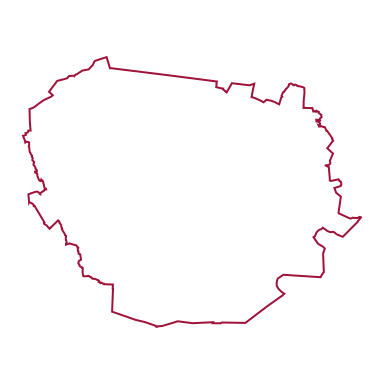 the district of San José Iturbide, Guanajuato, Mexico
{"feature_id": "50627088B9670324161736", "entity_name": "San José Iturbide", "entity_type": "district", "adm_level": 2, "iso_a3": "MEX", "parent_name": "Mexico", "parent_adm1": "Guanajuato", "projection": "orthographic", "projection_center": [-100.403, 21.001], "detail": "fine", "context": "isolated", "style": "outline", "palette": "rose", "viewbox_px": 384, "rotation_deg": 0, "n_neighbors": 0, "source": "geoboundaries", "source_scale": "gbopen_adm2", "svg_char_len": 5670}
<svg xmlns="http://www.w3.org/2000/svg" viewBox="0 0 384 384"><path d="M106.6,57.1L97.1,60.2L94.7,61.0L92.8,64.9L89.3,68.7L88.9,69.3L82.3,70.6L76.5,74.4L75.9,74.5L75.3,74.9L74.7,75.6L74.3,76.2L74.0,75.9L73.2,75.7L69.0,76.1L67.2,78.1L66.7,78.5L65.7,78.6L64.8,79.0L57.2,80.9L49.0,91.8L52.8,95.2L52.3,95.7L51.5,96.4L50.0,97.2L47.4,98.4L43.7,100.2L39.2,103.3L35.1,106.5L33.2,107.7L29.5,109.1L29.9,122.8L30.6,130.6L28.3,130.6L28.1,131.7L27.9,132.3L26.4,133.0L25.5,133.1L25.9,134.9L25.0,135.2L24.1,135.7L23.0,135.8L24.1,138.7L24.7,139.8L25.3,142.6L26.7,141.6L27.5,141.9L28.6,142.1L29.0,142.4L29.1,142.8L29.2,145.1L28.7,146.7L29.3,147.7L29.5,150.5L29.8,152.2L30.0,152.5L30.3,152.6L30.9,154.2L32.1,155.8L31.8,156.8L32.6,157.7L32.7,158.2L32.3,159.7L32.4,160.3L33.6,161.4L33.7,161.8L34.2,162.1L33.8,162.7L33.9,163.4L33.5,163.9L33.5,164.9L34.5,166.0L34.9,166.5L35.6,168.2L35.5,168.8L35.7,169.2L35.9,169.4L36.3,169.6L36.6,169.9L36.9,170.6L36.8,171.9L36.7,172.1L36.1,172.2L35.4,171.6L35.1,171.6L35.0,172.0L35.2,172.6L36.4,173.1L37.3,174.0L37.4,174.4L37.2,174.9L37.4,176.0L38.6,179.0L39.0,179.9L39.7,180.7L40.3,181.1L41.1,180.9L41.1,180.0L41.2,179.7L41.3,179.9L41.6,180.0L42.8,181.0L43.3,182.2L43.3,183.2L43.9,184.7L44.1,186.0L44.5,187.7L44.6,187.9L45.3,188.5L46.0,188.7L46.2,189.5L44.4,189.8L44.1,190.7L43.5,190.8L42.9,191.4L41.7,192.1L40.3,193.2L40.3,194.2L39.6,193.8L39.1,192.9L38.5,192.3L37.3,191.6L36.6,191.6L34.5,192.1L31.3,193.3L31.0,193.2L30.2,193.7L29.2,194.0L28.4,194.3L29.1,202.5L29.2,202.3L29.7,202.2L31.0,203.1L31.8,203.3L32.3,203.6L33.2,204.3L33.6,204.8L33.7,206.1L34.6,206.0L44.3,222.2L43.9,222.3L43.9,223.1L44.0,223.3L44.1,223.8L45.1,224.5L46.5,225.3L48.3,227.4L48.9,227.8L49.5,228.8L58.1,220.4L58.8,220.9L59.2,221.8L59.6,222.1L59.5,223.0L60.6,224.2L61.1,225.0L61.4,227.0L62.0,227.9L62.0,228.4L62.2,228.7L62.1,229.1L61.9,229.4L62.4,229.8L62.8,231.0L64.4,233.3L64.9,234.4L65.1,235.2L66.1,235.9L66.0,236.7L65.8,237.5L65.7,238.3L66.0,239.6L65.9,240.0L66.5,241.4L66.7,242.4L66.2,243.2L66.0,243.5L66.0,244.6L66.7,244.2L68.0,244.1L68.9,243.7L69.3,243.4L76.3,245.4L77.0,246.3L77.1,246.7L77.9,247.2L78.3,247.8L78.2,247.9L78.2,248.2L77.7,249.0L77.6,249.8L77.8,250.1L78.2,250.5L78.1,251.0L78.1,251.3L78.6,252.1L78.5,253.1L78.6,253.7L79.4,254.2L80.2,254.3L81.0,259.5L80.7,260.0L79.2,260.8L78.9,261.1L78.7,261.8L78.4,262.3L78.4,263.3L78.5,263.6L79.4,264.6L79.5,265.8L79.7,266.1L81.3,267.1L82.0,267.3L82.5,267.7L82.4,268.0L82.6,268.0L82.8,268.7L82.5,271.8L83.3,276.2L86.4,276.3L87.3,276.0L88.4,275.9L88.5,276.1L89.0,276.2L89.4,276.2L89.9,276.8L90.3,277.0L90.8,277.0L91.1,277.3L91.7,277.7L91.8,278.3L93.3,278.9L94.0,278.7L95.7,279.1L97.1,279.9L98.1,280.1L98.2,280.3L99.1,280.9L99.0,281.7L98.8,281.9L99.3,282.1L99.8,282.6L100.6,282.4L101.1,282.6L101.1,283.0L101.7,282.8L103.5,284.0L104.0,283.8L104.3,284.3L105.0,284.2L106.1,284.3L112.9,284.5L112.7,288.6L113.0,288.7L112.1,311.7L135.7,319.9L144.7,322.0L156.5,326.1L156.2,326.6L157.0,326.9L157.7,326.4L162.5,325.9L174.3,322.4L176.9,321.5L178.0,321.3L192.5,323.2L213.1,322.2L212.7,323.2L220.6,323.3L221.9,322.5L245.4,322.9L267.1,306.3L282.4,295.5L283.3,294.6L284.3,293.8L281.2,291.6L278.5,288.8L276.8,285.9L276.6,283.7L277.0,280.7L277.9,278.4L283.4,274.8L320.7,277.2L321.7,275.0L322.9,273.4L323.3,272.6L323.9,272.2L323.7,268.8L323.1,253.5L324.8,248.6L323.1,246.7L318.1,243.8L313.5,237.2L315.0,236.2L315.9,233.8L316.7,232.2L318.2,230.6L319.7,229.6L321.5,229.2L322.8,227.7L327.6,231.1L330.2,232.1L333.2,231.9L334.5,232.4L335.6,233.5L337.3,234.6L342.8,236.8L357.9,221.6L358.0,221.0L360.0,218.8L360.2,218.3L361.0,217.3L360.9,217.2L359.4,216.9L357.8,218.0L354.3,217.9L352.4,217.7L351.8,218.2L350.6,218.5L349.5,218.3L338.7,213.3L338.5,212.8L340.9,196.6L336.2,192.8L334.4,188.0L340.7,186.0L340.9,185.8L340.9,185.0L341.2,184.8L341.3,184.3L341.2,183.3L341.2,182.9L341.0,182.5L340.7,181.4L339.7,181.3L339.3,180.9L339.1,180.1L338.5,179.3L331.3,180.9L330.4,180.9L330.2,180.6L329.8,180.4L329.9,179.9L328.8,167.1L325.7,165.6L325.9,165.3L328.6,165.1L330.2,163.8L330.4,162.8L329.8,160.9L333.0,153.5L327.3,148.3L332.5,141.4L333.2,140.8L332.0,139.0L332.4,138.4L327.1,130.8L326.5,130.9L324.8,127.1L323.2,127.0L321.8,126.3L320.5,126.5L320.0,126.4L319.1,126.6L318.7,125.7L319.0,125.9L319.4,125.9L319.6,125.8L320.0,125.4L319.7,125.2L319.4,124.6L320.1,123.9L320.1,123.6L319.9,123.2L319.2,122.5L318.2,121.8L316.4,121.4L316.3,119.7L318.5,120.0L319.1,120.2L319.1,120.5L319.4,120.7L319.9,120.9L320.1,120.8L320.2,120.4L319.8,119.7L319.7,119.3L319.7,118.9L319.8,118.5L321.5,117.4L321.6,116.7L321.4,116.0L321.1,115.5L321.3,114.9L318.7,112.9L318.8,111.9L318.3,111.6L317.4,111.3L317.3,111.7L315.7,111.7L315.8,110.9L313.3,111.5L312.9,110.0L312.4,108.1L303.5,107.9L303.5,107.2L303.8,106.6L303.5,106.0L303.7,103.1L303.6,101.8L303.8,99.9L303.8,99.2L304.0,97.3L304.1,97.0L304.3,94.3L304.5,93.0L304.3,89.3L304.5,88.2L303.4,87.3L299.3,86.2L298.8,86.3L297.9,85.9L297.6,86.0L296.9,85.6L296.9,85.4L296.5,85.1L295.7,84.7L295.1,84.6L294.7,84.7L294.3,85.2L293.9,85.3L293.3,85.2L293.1,84.8L292.0,83.9L291.0,83.5L290.5,83.6L288.9,84.3L288.9,85.1L288.5,86.3L286.6,88.5L285.7,89.2L285.6,89.6L284.5,91.0L284.1,91.7L283.9,91.6L283.0,92.4L282.8,92.9L282.4,93.8L282.3,94.0L281.5,96.0L282.2,96.8L281.8,97.0L281.6,97.4L281.0,98.0L280.3,100.7L279.2,104.3L276.4,103.0L275.1,102.2L270.8,100.6L269.8,100.5L266.7,99.8L266.4,99.8L266.1,100.0L264.8,101.3L263.5,102.3L260.0,100.3L254.9,98.1L252.0,97.1L251.6,97.1L253.0,89.4L254.2,83.7L249.8,85.2L249.4,85.3L231.9,83.2L226.7,92.3L225.7,91.3L225.5,91.5L222.4,88.7L222.6,88.5L219.9,88.0L216.2,87.1L216.4,85.9L216.4,85.2L216.6,83.8L216.4,83.5L216.9,81.5L171.1,75.6L111.2,68.2L110.0,68.3L106.6,57.1Z" fill="none" stroke="#9f1239" stroke-width="2"/></svg>